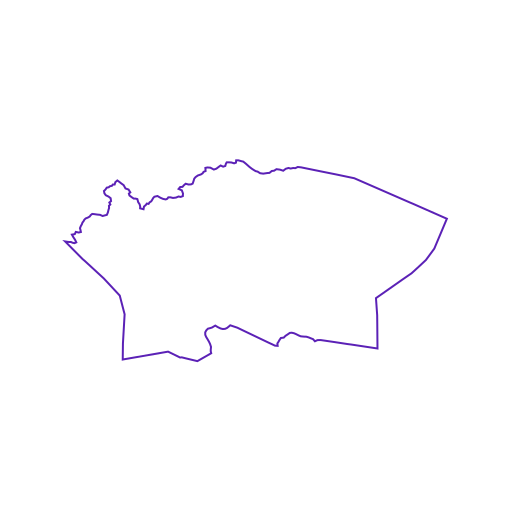 outline of Miguel Calmon, Bahia, Brazil, rotated 139°
{"feature_id": "56859067B28508541952770", "entity_name": "Miguel Calmon", "entity_type": "district", "adm_level": 2, "iso_a3": "BRA", "parent_name": "Brazil", "parent_adm1": "Bahia", "projection": "equal_earth", "projection_center": [-40.57, -11.422], "detail": "fine", "context": "isolated", "style": "outline", "palette": "violet", "viewbox_px": 512, "rotation_deg": 139, "n_neighbors": 0, "source": "geoboundaries", "source_scale": "gbopen_adm2", "svg_char_len": 2973}
<svg xmlns="http://www.w3.org/2000/svg" viewBox="0 0 512 512"><g transform="rotate(139 256 256)"><path d="M203.4,131.8L193.1,145.5L161.4,142.2L153.4,141.3L150.0,140.9L142.1,141.1L130.4,141.5L116.6,144.6L87.5,158.9L103.4,192.7L104.6,195.1L130.8,250.2L141.8,264.7L150.6,276.1L163.8,293.3L166.1,295.8L168.7,296.5L170.2,298.0L172.5,299.3L173.7,301.1L176.3,302.3L179.5,302.5L181.3,305.5L183.6,308.1L186.4,308.5L188.3,309.8L191.3,309.9L192.9,311.1L194.3,312.0L196.5,313.4L198.6,315.8L199.4,318.6L200.6,320.3L201.3,322.5L201.9,324.6L202.5,327.6L203.1,332.3L203.7,335.6L205.0,337.4L206.5,339.7L208.2,341.2L209.9,339.6L211.7,340.3L213.2,342.7L214.8,344.3L216.7,345.9L218.3,345.3L220.1,344.1L222.2,345.0L223.3,347.5L225.4,347.7L228.6,347.9L231.1,348.9L232.5,352.6L234.6,354.7L236.4,355.7L238.3,353.2L240.4,353.9L242.0,353.4L244.1,353.7L247.0,354.9L249.8,355.2L251.8,354.9L254.2,353.4L256.3,352.2L258.1,352.7L260.0,354.2L261.7,356.7L264.2,356.7L266.1,356.4L268.0,357.8L270.4,357.4L268.9,354.2L270.1,351.1L271.9,349.2L274.1,350.0L275.4,351.7L278.1,352.6L280.6,354.3L282.0,356.3L283.7,357.8L285.4,357.4L287.0,357.9L288.7,360.1L289.9,362.6L291.0,365.9L293.8,367.4L295.6,367.2L297.5,366.5L299.2,366.0L301.1,366.3L302.9,365.8L304.0,367.2L305.6,366.8L308.1,366.8L310.2,365.1L312.2,368.0L310.9,369.4L309.9,371.4L309.6,373.9L308.2,376.8L309.3,378.4L310.6,379.5L311.2,381.8L311.8,384.7L311.0,386.5L309.1,386.5L308.6,389.8L310.2,392.6L309.4,396.3L310.1,399.3L310.5,401.5L311.1,404.0L313.7,404.0L315.8,402.7L317.2,403.9L318.7,403.5L320.5,404.5L322.1,404.5L323.8,405.5L326.1,404.9L328.1,404.8L329.3,402.7L329.5,400.4L328.3,397.6L327.8,395.0L329.4,392.5L331.6,392.6L332.2,390.4L334.0,390.4L335.4,388.6L336.9,387.7L339.3,386.0L341.6,384.9L343.8,386.0L345.5,386.8L346.7,389.4L348.7,391.5L350.5,393.6L352.0,395.2L354.0,395.3L355.5,394.9L357.7,395.3L359.9,396.1L361.8,396.0L363.3,395.4L365.0,395.1L366.6,394.2L368.6,393.5L370.6,392.5L371.4,390.8L372.4,389.0L374.4,390.0L376.2,392.4L378.4,391.4L380.9,392.9L381.5,390.1L381.9,387.0L382.7,384.2L384.6,384.8L385.7,386.3L386.5,388.0L388.4,389.7L390.5,392.2L388.9,367.5L388.5,364.9L385.6,339.0L384.8,315.5L393.4,298.2L413.8,277.3L424.5,265.3L422.8,264.3L419.5,262.3L385.1,241.5L379.9,229.2L378.5,228.2L376.2,224.9L369.2,215.1L353.6,212.0L352.6,213.9L351.4,215.2L349.6,216.9L348.4,219.7L347.7,222.2L347.1,225.3L346.7,227.7L346.0,229.8L344.4,231.7L342.3,232.5L340.0,232.7L337.8,231.6L336.2,230.9L334.5,230.6L332.4,230.2L331.5,227.4L330.3,224.6L329.0,222.7L327.1,221.3L325.1,220.7L323.1,220.6L320.9,220.6L317.1,214.1L315.0,209.2L303.2,182.0L301.8,178.9L300.5,175.9L298.6,174.0L297.2,176.0L295.6,176.4L293.4,177.2L291.0,177.8L288.6,176.2L286.1,176.4L283.1,176.0L281.0,175.8L279.4,174.7L278.0,172.8L277.0,170.7L275.9,168.0L274.9,166.0L272.7,163.7L270.9,162.0L269.6,159.9L268.6,157.9L267.5,155.8L267.5,153.0L264.8,152.2L262.3,150.1L253.1,139.4L244.7,129.5L242.2,126.7L225.0,106.5L209.1,125.1L203.4,131.8Z" fill="none" stroke="#5b21b6" stroke-width="2"/></g></svg>